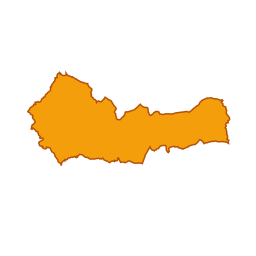 Sozoranga, Loja, Ecuador, rotated 288°
{"feature_id": "8360857B65989855164186", "entity_name": "Sozoranga", "entity_type": "district", "adm_level": 2, "iso_a3": "ECU", "parent_name": "Ecuador", "parent_adm1": "Loja", "projection": "orthographic", "projection_center": [-79.77, -4.3], "detail": "fine", "context": "isolated", "style": "filled", "palette": "amber", "viewbox_px": 256, "rotation_deg": 288, "n_neighbors": 0, "source": "geoboundaries", "source_scale": "gbopen_adm2", "svg_char_len": 5775}
<svg xmlns="http://www.w3.org/2000/svg" viewBox="0 0 256 256"><g transform="rotate(288 128 128)"><path d="M159.3,46.5L159.7,45.6L158.9,45.5L157.7,44.3L155.4,44.3L154.0,45.1L153.8,45.0L153.4,43.4L152.9,43.1L151.9,43.7L150.9,43.6L150.1,44.0L149.7,43.8L149.0,43.1L147.9,43.0L145.9,42.2L144.7,42.1L143.8,42.5L143.6,42.4L143.3,41.7L142.8,41.6L140.1,42.7L139.3,42.4L136.9,40.7L135.7,40.3L134.4,39.4L133.6,39.2L132.4,39.4L131.8,39.3L131.2,38.1L130.4,38.2L129.3,37.1L128.5,36.9L127.3,37.1L125.8,36.4L125.2,35.9L125.0,35.4L125.3,34.0L124.5,33.5L124.2,33.1L124.0,32.0L123.8,31.7L123.5,31.7L123.3,32.1L122.7,32.5L121.8,32.8L121.5,32.2L121.6,31.2L120.6,31.1L119.8,30.9L117.0,28.8L114.4,28.3L113.2,27.7L112.5,27.7L112.1,29.8L110.8,31.4L110.7,33.1L110.5,33.5L110.1,33.8L109.3,33.7L108.1,34.1L107.4,35.0L107.1,35.9L106.2,36.6L105.7,37.4L105.3,37.9L105.0,37.9L102.3,36.9L101.5,36.0L101.1,35.9L97.3,36.2L97.1,36.8L97.2,37.3L97.8,37.6L98.6,37.7L98.6,38.2L97.1,40.9L96.3,41.8L96.6,42.7L96.6,43.4L96.1,43.9L95.2,44.0L94.4,44.8L93.6,45.4L92.7,47.4L91.5,47.0L91.1,47.3L91.0,48.2L91.9,49.4L92.0,49.8L91.8,50.6L91.5,50.8L90.8,50.9L90.3,50.7L88.4,48.8L87.9,48.2L86.8,47.7L85.9,47.9L84.1,49.3L83.7,50.1L84.1,51.6L84.2,52.6L84.1,52.8L82.9,52.6L82.7,52.9L82.5,54.0L82.5,55.8L82.9,56.3L83.3,56.5L84.7,56.5L84.4,57.6L85.1,59.1L84.7,60.3L82.0,62.7L81.7,63.4L81.5,64.8L80.5,66.2L78.6,67.3L75.9,71.2L74.2,72.1L73.8,73.8L73.0,75.2L72.1,75.9L72.2,76.0L73.5,75.9L74.8,75.6L75.6,76.2L77.0,76.8L77.2,77.2L77.1,77.9L77.2,78.3L77.5,78.3L78.2,77.8L78.6,77.8L78.8,78.3L78.7,79.1L79.2,79.8L79.5,80.1L80.4,80.2L81.2,80.7L81.5,81.1L81.5,81.9L82.5,82.7L83.2,84.8L84.4,86.0L84.4,86.4L83.8,87.6L83.9,88.0L84.9,87.5L85.1,87.6L85.2,88.0L84.6,88.4L84.6,88.8L85.7,89.2L86.5,89.2L87.1,89.8L87.6,89.8L88.1,91.0L88.4,92.9L87.8,94.1L87.0,96.5L87.4,98.0L87.3,99.0L87.5,99.5L86.8,100.6L86.8,101.8L88.3,106.0L89.1,107.3L90.0,109.3L90.1,110.2L89.9,110.7L90.3,111.4L90.2,112.2L90.9,112.7L91.6,113.6L90.4,114.6L90.1,116.2L89.9,119.5L89.3,121.0L89.7,121.5L91.3,122.6L91.5,123.3L92.1,124.4L92.4,124.6L92.3,125.0L92.7,125.1L92.2,125.6L93.0,125.8L92.9,126.4L93.6,127.8L94.5,128.0L96.0,127.4L96.5,127.7L96.4,128.4L94.6,130.0L93.0,131.7L93.9,132.9L94.2,134.8L94.0,135.7L94.3,136.3L96.8,138.6L97.2,140.0L96.7,141.6L96.8,142.3L96.5,144.9L98.4,150.3L98.6,152.6L105.7,152.9L106.9,152.7L116.9,154.7L116.4,155.1L114.7,157.0L114.4,160.1L115.0,160.3L115.8,161.4L116.4,161.5L117.5,162.5L117.6,162.9L117.9,163.3L120.9,164.3L122.3,166.9L123.0,169.3L121.9,170.2L120.5,170.6L118.8,171.4L118.2,172.0L118.0,172.5L117.3,173.1L117.2,173.9L117.8,173.9L118.3,174.5L118.6,174.5L120.1,173.5L121.2,173.1L122.4,173.8L122.6,174.2L123.5,175.1L124.7,177.1L124.7,177.6L124.4,178.4L124.5,178.7L125.0,179.0L125.1,180.0L125.5,181.1L125.4,181.5L124.9,181.9L124.8,182.4L125.1,183.2L124.9,183.9L125.1,184.8L124.7,186.1L125.3,186.5L125.2,187.0L126.8,188.9L128.0,189.9L128.5,191.1L129.4,191.4L129.8,191.7L132.3,195.1L132.9,196.6L133.2,197.1L136.1,198.8L138.7,199.6L139.2,199.9L139.2,200.4L138.1,203.4L136.6,205.1L137.5,205.9L138.0,206.7L138.3,207.6L139.0,208.6L139.8,209.3L140.6,211.2L141.6,212.2L141.6,212.8L141.5,213.5L142.9,215.5L142.6,216.2L142.7,217.7L143.3,219.3L143.4,219.9L143.7,220.7L144.4,221.7L144.3,222.1L144.5,222.5L144.4,223.0L144.7,223.8L144.9,226.6L144.6,227.6L144.5,228.3L145.4,227.6L147.6,227.6L147.6,226.0L148.0,225.6L148.5,225.4L149.2,225.8L150.6,225.3L151.1,225.2L152.1,224.4L152.2,223.9L152.5,223.6L153.8,223.6L157.5,221.6L157.8,221.3L158.0,220.5L158.3,220.3L160.3,220.9L161.2,219.8L162.0,219.7L163.4,220.2L163.6,221.4L163.9,221.6L164.4,221.6L165.7,220.8L166.5,221.6L167.2,221.9L167.8,221.9L168.6,221.6L170.0,220.2L170.4,219.4L170.9,219.0L171.4,217.9L171.8,217.4L173.2,216.6L175.2,216.4L176.3,215.4L176.7,215.3L177.2,214.7L178.2,214.4L178.3,213.9L178.3,212.5L178.7,211.3L180.3,210.8L180.7,209.6L182.0,208.7L182.6,209.5L183.2,209.8L183.9,208.9L182.9,207.0L183.2,204.4L182.7,201.8L182.3,200.2L182.5,198.6L182.4,197.7L181.6,196.1L181.1,194.4L180.6,193.5L179.6,192.6L178.1,190.7L177.3,190.2L176.8,189.5L176.2,189.4L174.5,188.4L172.7,188.3L171.8,188.1L169.6,186.1L168.8,185.8L167.0,184.4L163.9,182.8L162.8,181.7L161.7,181.2L162.0,179.1L157.6,169.8L156.4,167.7L155.6,166.7L154.8,165.3L153.5,160.4L152.9,159.1L151.9,157.7L151.4,155.8L151.3,153.7L151.7,153.3L152.7,152.5L152.9,151.4L152.6,150.8L152.6,149.8L152.4,149.4L151.3,148.8L151.0,148.0L148.8,147.2L147.8,146.3L146.9,145.8L147.4,144.2L147.9,143.6L148.7,143.2L149.4,142.3L150.4,141.9L152.7,140.9L153.4,140.0L153.4,139.5L152.7,137.7L152.8,136.5L153.1,134.3L154.4,132.4L152.9,131.4L151.1,130.7L146.9,128.1L146.3,127.2L145.8,126.1L144.6,124.9L144.3,124.3L143.8,123.9L143.7,123.2L143.3,122.7L142.5,120.7L142.0,120.5L140.7,120.7L139.4,120.6L138.1,120.3L137.4,120.0L136.6,119.3L134.1,118.3L133.2,117.7L133.2,116.6L132.8,115.3L132.8,115.1L133.1,114.5L136.1,112.5L137.6,111.9L138.7,110.4L139.3,110.1L142.8,110.9L144.3,109.0L144.9,107.8L147.5,104.7L148.5,103.9L149.1,100.4L150.2,96.7L147.9,96.1L146.6,95.3L145.1,94.8L144.4,93.5L144.5,92.5L144.4,92.3L144.6,91.8L144.6,91.5L143.6,90.5L142.6,90.2L143.9,89.5L144.8,88.2L144.9,87.9L144.8,87.2L145.2,86.0L145.6,85.5L146.1,85.3L146.3,84.0L146.8,83.2L147.2,83.1L148.1,83.2L148.4,82.6L149.0,82.6L149.4,82.3L149.9,82.2L150.5,81.5L152.5,82.0L153.5,81.6L153.8,81.2L154.2,81.2L154.4,80.1L155.6,77.6L156.8,76.4L157.8,75.9L157.3,74.4L157.4,73.0L157.2,71.7L157.5,70.9L157.2,69.4L157.7,67.0L157.9,65.3L158.3,64.8L158.5,64.0L158.6,63.6L158.3,63.0L158.7,62.3L159.1,60.4L159.5,59.6L159.5,59.4L159.1,59.1L159.3,58.7L159.1,57.5L159.4,57.1L159.3,56.4L159.4,55.9L159.3,55.1L159.4,54.4L161.1,52.1L159.9,52.6L158.8,52.5L158.5,52.0L158.3,50.9L157.7,49.9L157.7,49.6L158.0,49.1L158.1,47.8L159.0,47.3L159.1,47.1L158.6,46.7L159.3,46.5Z" fill="#f59e0b" stroke="#b45309" stroke-width="1.5"/></g></svg>